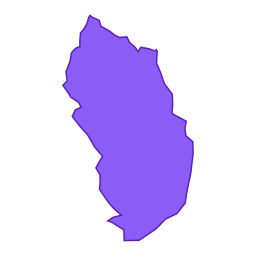 the district of Lasa, Paphos, Cyprus
{"feature_id": "46923920B95604780188390", "entity_name": "Lasa", "entity_type": "district", "adm_level": 2, "iso_a3": "CYP", "parent_name": "Cyprus", "parent_adm1": "Paphos", "projection": "natural_earth1", "projection_center": [32.523, 34.936], "detail": "fine", "context": "isolated", "style": "filled", "palette": "violet", "viewbox_px": 256, "rotation_deg": 0, "n_neighbors": 0, "source": "geoboundaries", "source_scale": "gbopen_adm2", "svg_char_len": 957}
<svg xmlns="http://www.w3.org/2000/svg" viewBox="0 0 256 256"><path d="M90.0,15.4L88.8,17.4L86.8,23.9L83.7,29.2L80.5,33.0L79.9,40.8L79.9,46.5L75.6,48.3L71.4,52.9L70.1,61.1L66.0,71.9L67.2,80.9L62.9,85.3L68.4,93.0L70.8,97.2L78.5,102.3L81.1,107.2L75.3,109.9L72.3,116.3L79.4,125.7L87.7,135.0L94.9,147.4L102.5,156.2L95.9,167.9L99.9,174.6L100.2,181.6L99.5,189.3L104.1,196.1L108.4,202.4L113.7,208.5L121.3,215.2L112.7,217.5L107.8,220.9L111.7,222.2L123.9,229.9L124.2,240.6L139.1,240.3L155.5,229.2L157.1,227.7L165.4,219.2L177.0,213.5L178.2,211.9L185.2,203.1L186.8,192.0L190.8,172.9L192.1,161.9L193.1,153.8L192.8,141.8L185.9,135.7L184.9,129.0L186.2,121.3L173.3,114.3L172.0,112.6L172.7,104.5L172.3,94.2L164.4,83.8L161.1,74.0L156.5,63.0L157.2,51.6L156.2,49.7L155.1,51.0L148.7,48.7L140.8,47.3L138.1,51.6L134.9,47.0L129.6,42.5L126.8,36.8L119.6,37.5L115.1,35.4L109.4,31.0L100.9,26.2L99.2,20.4L92.0,17.1L90.0,15.4Z" fill="#8b5cf6" stroke="#5b21b6" stroke-width="1.5"/></svg>